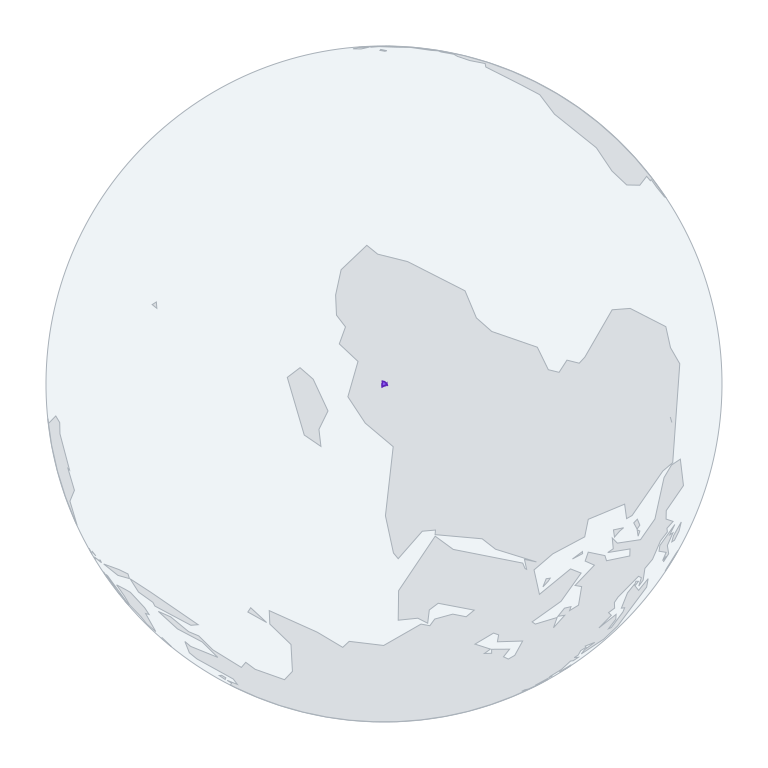 globe centered on Lilongwe, rotated 141°
{"feature_id": "MWI-1909", "entity_name": "Lilongwe", "entity_type": "District", "adm_level": 1, "iso_a3": "MWI", "parent_name": "Malawi", "parent_adm1": "", "projection": "orthographic", "projection_center": [33.699, -14.021], "detail": "fine", "context": "on_globe", "style": "filled", "palette": "violet", "viewbox_px": 768, "rotation_deg": 141, "n_neighbors": 0, "source": "natural_earth", "source_scale": "10m", "svg_char_len": 6488}
<svg xmlns="http://www.w3.org/2000/svg" viewBox="0 0 768 768"><g transform="rotate(141 384 384)"><circle cx="384" cy="384" r="338" fill="#eef3f6" stroke="#a8b0b8"/><path d="M47.6,351.7L48.3,352.9L48.3,365.0L47.7,374.7L49.1,374.4L49.2,380.1L60.1,377.5L70.1,385.9L72.8,406.1L70.3,433.9L81.7,486.4L80.9,510.8L90.0,532.0L105.4,566.3L103.7,569.4L113.8,581.4L120.7,592.3L122.2,596.3L130.7,606.1L132.2,608.8L137.1,613.3L151.7,629.0L161.7,637.3L175.5,649.3L182.0,653.8L182.7,654.8L186.7,657.9L191.1,660.9L188.0,659.3L187.2,658.7L167.3,643.3L148.5,626.4L131.1,608.2L115.1,588.7L100.6,568.1L87.7,546.4L76.4,523.9L66.8,500.5L59.0,476.6L53.0,452.1L48.9,427.2L46.6,402.1L46.2,376.9L47.6,351.7ZM197.2,664.0L190.3,660.9L192.3,661.8L183.7,655.2L191.0,658.8L197.2,664.0ZM176.0,646.1L172.0,641.2L173.9,642.0L177.2,645.8L176.0,646.1ZM449.2,52.4L450.5,52.7L463.9,56.1L466.8,57.7L469.4,58.3L468.5,57.3L452.2,53.1L451.2,52.8L457.4,54.1L458.0,54.3L457.5,54.2L480.5,60.2L503.1,67.8L525.1,76.9L546.3,87.6L566.8,99.8L586.4,113.4L604.9,128.3L622.4,144.5L638.7,161.9L653.7,180.4L667.4,199.9L679.6,220.3L690.4,241.5L692.7,246.8L690.7,247.4L692.4,252.4L687.0,242.8L686.8,249.6L702.4,288.1L704.4,297.6L700.8,309.2L699.4,301.8L685.2,276.1L687.6,297.9L698.6,323.6L702.5,349.3L696.3,337.2L691.7,314.5L686.5,304.8L684.3,285.1L673.2,253.5L666.6,254.7L663.7,243.4L647.4,216.8L636.0,218.3L620.2,240.1L623.8,269.3L615.8,280.1L592.1,233.2L581.8,205.3L573.0,205.9L548.8,181.0L506.3,174.1L500.5,167.3L492.5,169.4L475.4,161.9L466.6,151.4L456.2,151.5L479.9,179.5L491.0,179.9L500.6,170.6L505.1,180.7L521.6,191.5L502.7,214.2L440.0,233.5L434.3,211.9L388.9,157.5L390.5,151.9L390.3,151.3L389.8,150.2L385.2,159.3L377.5,149.8L401.3,185.4L405.1,201.9L439.1,234.8L435.9,238.1L446.9,245.5L482.9,239.3L483.0,246.7L465.8,280.7L416.3,329.5L423.2,365.4L420.1,396.8L390.0,417.9L393.5,443.3L378.0,452.6L377.6,467.4L365.6,483.6L345.4,499.8L310.1,502.6L307.2,488.9L288.6,464.2L262.4,405.4L270.6,377.2L267.2,357.0L241.7,316.1L247.3,291.7L240.6,282.9L226.8,287.4L219.2,277.3L211.0,278.5L160.0,298.1L145.1,287.8L128.9,251.2L138.5,231.9L141.4,213.6L209.1,141.2L222.1,140.9L273.9,125.7L280.2,126.7L272.6,139.2L310.4,150.3L324.2,138.9L359.8,145.8L384.4,145.1L395.6,122.7L355.4,122.9L349.8,113.0L383.2,103.7L418.6,105.9L417.5,102.2L396.4,93.6L405.7,87.9L389.1,90.5L395.0,94.0L384.8,96.2L378.8,93.3L382.4,91.1L372.0,89.7L357.9,102.2L362.3,107.2L334.5,110.8L339.1,119.8L331.1,124.8L320.3,111.6L322.3,106.6L301.2,95.7L296.6,101.0L316.2,112.2L309.5,111.7L303.5,120.7L302.8,113.5L282.6,101.6L258.4,108.6L225.3,135.0L211.6,140.1L201.0,139.1L215.2,116.6L244.3,108.0L249.8,101.5L245.8,95.3L254.9,93.8L256.9,90.7L268.0,88.0L285.6,78.8L297.3,76.5L306.0,68.5L313.2,66.6L305.9,71.5L307.2,74.4L336.3,71.1L342.5,69.2L345.8,64.7L353.4,65.0L352.9,61.2L370.5,59.2L348.6,58.9L351.9,55.3L363.5,52.5L360.6,51.7L341.7,56.5L337.8,58.7L340.6,60.4L326.3,68.4L315.9,70.7L316.0,63.4L301.2,66.5L307.7,60.9L354.8,48.9L373.5,47.4L400.6,50.1L395.2,51.3L382.8,50.6L392.6,53.7L392.6,52.2L398.9,53.0L403.7,51.1L408.4,51.7L404.9,49.3L411.2,49.9L413.3,51.3L425.7,50.5L439.3,52.3L439.8,51.9L436.6,51.1L456.0,54.7L455.5,54.4L449.0,53.0L443.8,51.6L442.4,51.2L449.2,52.4ZM184.5,172.9L182.3,178.2L184.5,172.9ZM455.6,121.5L477.0,124.6L468.1,111.0L475.6,111.4L469.8,107.0L467.3,110.1L453.3,98.9L462.8,96.8L460.5,92.0L453.2,90.8L438.0,97.0L458.1,112.3L452.8,116.9L455.6,121.5ZM256.6,79.8L259.7,80.2L254.5,83.9L239.8,89.7L247.2,84.1L256.6,79.8ZM265.4,80.2L269.6,72.9L278.9,69.9L272.9,72.6L278.7,71.4L270.7,75.6L275.5,81.0L271.2,84.9L246.4,91.8L256.9,87.0L253.1,86.5L265.4,80.2ZM269.0,66.3L283.4,61.6L279.5,63.2L264.6,68.3L260.4,69.6L263.7,68.3L265.0,67.7L269.0,66.3ZM288.2,121.5L293.2,121.4L301.2,120.0L297.5,126.2L288.2,121.5ZM274.0,113.3L278.6,112.0L277.3,118.9L272.2,119.5L274.0,113.3ZM282.3,105.8L279.0,111.4L277.7,108.7L282.3,105.8ZM310.4,70.5L315.5,69.3L315.6,70.3L312.3,72.2L310.4,70.5ZM388.2,126.3L380.5,130.6L377.0,128.5L380.4,127.4L388.2,126.3ZM336.4,127.2L347.7,129.4L335.2,128.9L336.4,127.2ZM512.9,585.8L514.2,591.6L509.3,591.0L512.9,585.8ZM478.1,394.5L455.0,450.0L439.0,449.5L436.0,432.3L444.5,398.3L463.1,389.7L472.3,375.2L478.1,394.5ZM716.1,431.8L716.4,436.6L716.1,438.1L716.1,431.8ZM716.0,422.9L717.0,427.2L715.3,425.7L716.0,422.9ZM717.2,428.9L718.1,429.8L718.5,429.0L718.0,432.0L717.2,428.9ZM715.1,420.5L706.8,406.7L702.5,397.5L704.3,393.0L711.2,402.7L715.1,420.5ZM703.9,392.4L696.3,369.0L679.9,313.9L685.9,318.0L701.8,355.6L701.0,359.7L705.7,376.8L703.9,392.4ZM719.2,382.3L718.2,396.2L714.4,387.4L712.2,381.7L710.8,360.8L711.6,352.7L713.7,355.7L717.2,335.2L719.4,346.7L719.3,356.4L720.7,372.1L719.2,382.3ZM625.3,272.5L633.3,292.5L628.4,294.0L625.3,272.5ZM715.4,318.3L716.2,327.1L714.4,313.5L715.4,318.3ZM695.5,261.1L693.5,259.8L691.8,255.2L693.4,254.3L695.5,261.1ZM423.0,48.3L422.3,48.3L421.9,48.5L429.1,49.8L415.8,48.1L416.5,47.6L423.0,48.3ZM667.0,568.7L669.6,564.5L659.2,565.7L660.3,558.1L667.2,549.2L682.5,515.1L682.8,517.2L691.5,496.2L701.8,490.6L711.4,467.3L710.4,471.6L702.4,497.1L692.5,521.9L680.7,545.8L667.0,568.7ZM717.4,438.8L716.5,441.9L718.0,435.5L717.4,438.8ZM721.9,377.9L721.3,377.6L721.4,388.1L721.9,387.0L721.5,391.8L720.8,410.0L720.2,414.7L721.2,395.1L719.8,410.9L719.5,408.6L720.3,393.0L721.1,377.6L721.4,372.5L721.8,375.7L721.9,377.9Z" fill="#d9dde1" stroke="#a8b0b8" stroke-width="1"/><path d="M383.5,387.2L383.4,386.9L383.2,386.8L383.1,386.7L382.9,386.4L382.7,386.3L382.5,386.1L382.2,385.5L382.1,385.4L382.0,385.2L382.0,384.8L381.9,384.6L381.9,384.4L382.0,384.2L381.9,384.0L381.9,383.9L382.0,383.8L381.9,383.7L381.7,383.3L381.7,383.2L381.5,382.9L381.4,382.9L381.5,382.8L381.5,382.7L381.6,382.4L381.6,382.2L381.7,381.9L381.8,381.9L381.9,381.7L382.0,381.6L382.2,381.4L382.2,381.2L382.2,380.9L382.3,380.9L382.5,380.9L382.6,381.0L382.5,381.3L382.6,381.7L382.6,381.8L382.7,382.0L383.0,382.1L383.3,382.1L384.2,381.9L384.3,381.9L384.3,382.0L384.4,382.3L384.5,382.4L384.6,382.5L384.8,382.5L385.1,382.4L385.4,382.5L385.6,382.5L385.8,382.6L385.9,382.8L386.0,382.8L386.3,382.8L386.5,382.7L386.9,382.7L387.0,382.7L387.1,382.8L386.9,382.9L386.8,383.0L387.1,383.0L387.3,383.0L387.2,383.2L387.1,383.3L386.9,383.4L386.9,383.5L386.7,383.9L386.6,384.0L386.4,384.2L386.3,384.3L386.3,384.5L386.2,384.6L386.0,384.8L385.9,384.9L385.8,385.0L385.6,385.0L385.4,385.2L385.4,385.4L385.4,385.5L385.2,385.6L384.9,385.7L384.7,385.8L384.2,386.1L384.0,386.3L384.0,386.5L383.9,386.7L383.9,386.8L383.8,387.0L383.7,387.0L383.5,387.2Z" fill="#8b5cf6" stroke="#5b21b6" stroke-width="1.5"/></g></svg>